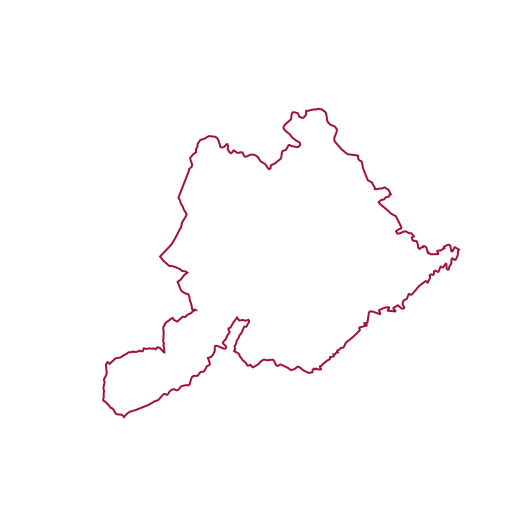 Pindal, Loja, Ecuador, rotated 160°
{"feature_id": "8360857B50209341108464", "entity_name": "Pindal", "entity_type": "district", "adm_level": 2, "iso_a3": "ECU", "parent_name": "Ecuador", "parent_adm1": "Loja", "projection": "mercator", "projection_center": [-80.129, -4.101], "detail": "fine", "context": "isolated", "style": "outline", "palette": "rose", "viewbox_px": 512, "rotation_deg": 160, "n_neighbors": 0, "source": "geoboundaries", "source_scale": "gbopen_adm2", "svg_char_len": 6106}
<svg xmlns="http://www.w3.org/2000/svg" viewBox="0 0 512 512"><g transform="rotate(160 256 256)"><path d="M448.9,172.2L447.6,170.8L445.5,166.3L444.5,163.0L443.4,162.3L442.4,160.3L441.7,155.7L440.6,154.7L436.5,152.8L435.0,149.8L434.2,150.5L430.3,152.2L428.1,152.8L421.8,152.4L408.3,152.8L400.3,154.2L397.2,154.0L390.2,157.8L388.8,157.6L387.3,156.0L386.8,156.0L385.5,156.6L383.5,158.3L381.3,159.1L378.7,159.0L376.7,157.0L375.7,156.7L374.3,157.1L370.7,159.2L366.0,158.6L363.4,157.6L362.2,158.1L359.0,162.7L357.2,164.4L355.3,164.5L351.7,163.4L348.9,165.5L347.4,165.8L344.7,165.3L342.9,166.4L340.0,169.2L336.9,169.6L336.1,170.7L336.0,176.6L333.0,176.5L331.4,177.2L329.2,178.8L327.3,180.7L325.7,185.0L325.2,185.4L324.3,185.4L323.3,184.9L317.7,179.8L316.4,179.5L315.9,179.8L315.4,180.3L315.1,181.6L316.8,184.8L317.0,185.6L316.3,186.4L312.9,188.1L310.0,191.2L307.2,193.1L306.7,193.8L307.1,196.6L306.6,197.3L304.4,197.5L300.6,200.8L294.8,204.7L294.3,202.4L293.6,201.0L290.5,200.5L287.7,198.6L285.0,198.7L284.6,197.3L285.4,195.9L286.6,195.3L288.7,193.2L289.4,192.9L291.0,193.6L291.8,193.1L295.9,188.7L298.5,187.2L300.1,185.3L303.2,182.9L304.7,180.3L306.9,178.6L307.6,175.3L309.1,174.3L308.5,173.3L306.9,171.8L305.3,169.3L305.6,167.7L304.2,162.9L302.3,159.4L301.4,155.9L300.9,155.6L298.5,155.6L297.3,152.6L297.0,152.4L290.7,153.5L287.4,155.3L284.7,156.0L283.4,155.7L281.4,154.2L275.9,153.0L275.0,151.7L274.4,146.4L273.9,145.7L273.1,145.2L270.2,145.7L269.5,145.3L264.0,139.6L262.4,137.1L260.4,136.6L258.1,136.6L254.7,137.9L252.9,136.3L250.5,132.2L246.5,128.1L242.8,127.4L242.0,129.2L240.4,130.4L239.0,129.2L238.3,129.7L235.5,127.7L233.8,127.2L233.5,127.5L233.9,130.0L233.5,130.5L231.6,130.6L230.5,131.5L225.1,133.3L221.9,133.8L221.1,135.6L217.3,135.1L216.8,137.1L215.6,136.5L214.1,137.6L212.1,137.4L212.5,138.6L211.9,139.3L209.7,139.6L207.7,140.6L206.0,140.1L204.8,140.3L201.3,143.7L192.1,146.9L184.3,150.4L183.7,151.1L183.8,152.7L183.3,153.4L175.7,152.8L175.7,153.7L177.3,154.9L177.2,155.8L174.9,155.3L174.0,155.4L169.4,164.0L168.4,164.9L165.9,164.3L159.4,159.0L158.9,159.6L159.0,162.8L158.5,163.1L152.8,163.4L149.1,162.6L148.6,162.2L148.8,161.5L150.7,159.9L150.8,159.5L144.1,156.3L143.7,156.7L144.9,159.7L144.6,160.2L139.6,161.2L137.4,157.2L136.8,156.6L135.4,156.1L134.3,157.0L134.8,160.1L133.9,162.5L131.9,163.9L129.0,164.1L125.6,167.9L124.9,168.0L123.9,166.6L122.6,166.5L112.9,172.1L105.2,174.4L104.3,173.9L104.3,172.6L103.7,172.2L99.8,176.0L99.5,178.2L98.8,178.8L97.7,178.8L95.9,177.6L94.8,178.7L94.1,180.5L92.9,180.9L92.3,180.9L90.9,179.1L89.9,178.8L86.2,182.9L84.1,181.2L81.1,183.5L80.3,183.9L79.9,183.6L80.0,182.4L81.3,178.9L80.5,177.6L79.4,177.5L78.4,179.3L75.0,182.3L73.4,186.0L72.6,186.6L72.2,186.6L70.6,184.3L69.6,184.3L66.3,187.5L64.4,191.6L63.1,192.6L66.1,196.2L66.6,196.2L69.3,193.5L70.1,193.2L70.7,193.5L70.0,199.3L70.3,200.0L71.5,200.9L76.2,200.4L76.6,200.1L76.2,198.9L80.0,198.2L81.0,198.1L83.1,198.8L84.1,198.6L83.8,196.4L84.4,195.6L91.2,197.8L91.8,199.0L93.1,199.3L93.6,200.4L92.9,201.4L93.4,202.9L93.0,205.0L93.7,207.1L95.6,208.1L96.2,207.1L97.9,207.5L99.8,206.7L100.5,207.6L100.7,208.9L100.1,211.1L99.9,214.5L100.8,215.7L102.7,216.2L103.6,217.8L103.2,220.0L100.9,220.5L102.2,224.1L104.4,225.2L106.9,228.0L109.0,228.4L113.2,228.1L115.5,228.7L115.9,231.4L112.6,232.3L110.1,232.3L109.6,233.3L110.9,245.5L114.8,249.9L116.6,253.7L122.2,263.4L122.3,264.3L122.2,264.8L118.9,265.8L116.3,265.4L114.2,266.7L110.9,266.4L110.2,266.7L109.4,268.3L108.3,267.9L108.7,272.0L109.4,273.7L111.9,276.6L114.2,276.3L117.3,277.2L120.3,277.6L121.4,278.2L121.0,279.5L121.7,283.2L121.8,285.4L125.0,288.9L125.4,301.4L124.4,308.6L124.8,309.4L126.1,310.4L126.7,312.5L125.8,315.2L126.6,315.9L135.2,320.4L138.9,326.5L142.9,336.9L142.2,340.0L137.6,345.3L136.7,347.7L137.8,350.9L141.4,354.1L142.7,357.4L142.8,359.7L142.1,361.7L141.4,366.4L141.9,368.1L144.1,371.3L147.5,373.2L149.2,373.0L150.6,373.7L155.0,374.5L157.0,374.5L159.2,375.2L160.4,372.1L162.0,370.6L164.4,369.7L165.8,370.3L167.7,372.1L167.9,375.9L170.9,378.0L172.7,378.4L173.8,377.4L176.3,372.5L183.8,369.6L185.8,368.1L186.4,367.0L186.1,365.1L185.2,362.9L182.6,358.8L181.6,355.2L178.6,350.4L176.4,348.1L176.1,346.7L176.5,345.4L177.7,344.4L178.9,344.0L180.3,344.4L185.2,347.3L186.4,348.9L187.5,348.9L191.6,345.5L194.8,345.6L196.2,344.6L198.6,339.9L199.4,339.0L206.6,336.5L210.7,336.2L211.7,335.2L212.2,333.6L213.6,333.0L214.7,334.2L215.9,339.2L219.4,343.5L220.3,348.1L222.1,350.9L224.1,352.3L226.2,353.1L230.7,352.7L232.2,353.0L232.9,353.9L233.3,357.8L234.2,358.5L237.5,359.0L238.6,359.7L240.7,362.8L241.6,362.6L243.3,361.3L244.5,361.2L245.6,363.2L246.0,366.1L244.7,369.1L244.6,370.9L245.6,371.0L249.1,369.3L251.3,369.7L252.1,370.6L251.7,377.4L252.2,380.2L253.5,381.9L254.7,382.6L259.4,384.8L265.0,383.8L266.6,383.8L267.5,384.2L268.7,384.0L272.5,381.3L273.7,378.6L275.8,377.0L276.9,374.0L279.7,373.3L284.2,370.8L284.6,369.9L284.8,363.9L285.6,362.1L289.2,360.4L290.2,358.7L309.0,337.2L308.4,334.6L308.7,330.9L307.9,327.3L308.0,324.4L306.8,319.4L307.8,317.7L314.0,312.8L316.9,308.2L318.0,307.6L326.0,300.2L331.6,295.7L346.3,288.3L344.5,282.8L340.8,276.2L338.8,275.6L335.7,273.3L331.8,269.5L330.7,267.3L327.6,265.7L326.2,263.9L330.5,262.4L334.4,259.7L338.5,258.5L338.3,250.0L337.8,248.3L335.2,244.8L333.0,243.8L332.7,242.8L332.5,240.6L333.3,237.5L333.3,233.1L334.2,227.6L333.7,226.9L331.6,226.5L331.1,225.7L333.3,226.0L336.8,224.5L340.2,224.3L343.2,222.9L345.7,224.0L352.4,221.3L355.0,224.0L355.5,226.2L358.2,226.0L359.5,225.2L362.4,224.6L365.0,223.4L365.0,222.8L367.3,220.9L368.0,219.5L368.8,216.0L372.6,206.8L372.4,205.1L373.5,203.9L374.0,200.2L375.1,196.8L375.8,197.5L377.6,202.2L379.5,203.8L380.1,203.9L382.2,202.6L383.7,204.2L385.5,204.4L387.2,205.5L391.0,206.2L392.9,207.6L394.7,205.5L395.5,205.3L398.3,207.0L399.8,206.6L401.1,206.8L403.1,207.4L404.3,208.4L405.3,208.1L408.8,209.1L411.5,208.2L413.7,208.1L418.2,207.0L423.0,207.9L430.5,204.7L431.5,207.0L432.1,207.0L434.3,205.0L436.3,197.0L437.9,194.9L441.1,192.1L441.5,189.0L444.3,184.6L444.9,182.9L444.8,181.3L446.0,179.3L447.5,175.1L448.7,173.5L448.9,172.2Z" fill="none" stroke="#9f1239" stroke-width="2"/></g></svg>